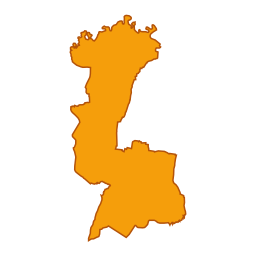 the district of Khu Mueang, Buri Ram, Thailand
{"feature_id": "78962969B7360435516944", "entity_name": "Khu Mueang", "entity_type": "district", "adm_level": 2, "iso_a3": "THA", "parent_name": "Thailand", "parent_adm1": "Buri Ram", "projection": "robinson", "projection_center": [103.038, 15.283], "detail": "fine", "context": "isolated", "style": "filled", "palette": "amber", "viewbox_px": 256, "rotation_deg": 0, "n_neighbors": 0, "source": "geoboundaries", "source_scale": "gbopen_adm2", "svg_char_len": 5698}
<svg xmlns="http://www.w3.org/2000/svg" viewBox="0 0 256 256"><path d="M175.5,158.7L176.4,155.1L175.2,155.0L175.2,154.3L169.8,153.5L169.7,153.8L168.9,153.8L167.2,152.7L164.4,151.4L158.3,150.9L154.4,151.9L154.1,151.3L148.8,150.5L148.7,148.6L148.2,146.7L148.2,144.6L145.7,144.2L145.8,142.7L141.4,143.0L141.2,141.9L140.3,141.7L139.3,140.9L138.5,141.6L138.2,141.0L134.9,140.6L132.9,141.6L132.5,142.2L131.5,148.6L127.2,147.6L126.5,149.3L124.9,148.7L124.0,151.7L122.9,151.2L122.4,150.8L122.4,150.5L121.9,150.4L122.0,149.8L115.5,149.1L116.3,146.0L117.0,145.9L116.6,132.6L116.8,131.3L116.7,130.1L117.6,123.0L117.6,122.1L120.5,121.6L120.7,120.2L121.1,120.1L122.1,117.8L122.4,117.8L122.5,117.2L123.6,117.2L124.3,116.3L125.1,114.4L125.5,112.2L126.0,111.9L128.4,104.3L129.3,102.8L129.7,101.2L129.8,100.0L130.1,100.0L130.6,95.6L131.3,92.7L131.1,89.3L132.2,86.8L132.0,85.8L134.2,79.7L135.7,79.6L135.3,76.5L136.6,76.2L136.8,73.8L138.3,73.3L138.7,72.5L139.6,71.8L139.9,71.3L139.8,69.6L140.3,69.0L140.4,68.2L141.8,68.5L142.4,67.4L143.3,67.1L143.7,67.3L146.3,63.2L146.7,62.7L147.1,62.7L147.1,62.3L147.6,61.8L149.1,61.1L151.6,60.5L153.9,59.1L155.5,59.0L156.0,58.6L157.0,58.5L157.6,57.9L158.0,52.0L157.8,51.8L156.8,51.7L155.8,51.2L155.5,50.5L155.6,49.2L156.3,48.0L159.4,48.0L160.4,47.4L160.6,46.9L160.0,46.6L159.5,45.5L160.1,44.1L155.2,40.0L151.3,38.5L150.4,37.4L150.1,36.2L150.2,35.1L150.8,33.9L153.4,31.8L156.5,29.9L156.3,28.6L154.3,25.6L153.0,24.8L152.3,25.0L152.1,25.8L152.4,28.1L152.1,28.7L151.4,29.1L150.2,29.0L148.5,27.7L147.1,27.0L146.4,27.2L145.9,28.8L146.4,29.4L147.8,29.6L148.6,30.5L148.9,31.4L148.4,32.3L147.8,32.4L145.5,31.7L142.3,31.7L140.7,31.4L140.1,31.1L140.0,30.0L139.4,29.7L138.8,30.2L138.9,32.6L138.4,33.0L137.8,32.9L135.7,31.2L134.4,29.6L134.2,25.5L135.1,24.5L135.0,22.0L134.1,22.4L133.2,22.3L131.8,23.6L131.8,24.2L132.9,25.4L133.1,26.3L132.2,27.9L131.3,28.2L131.1,27.5L131.4,26.6L131.3,26.0L130.6,25.3L128.9,24.4L128.4,23.3L128.0,21.2L128.4,20.4L129.9,19.9L130.9,19.2L131.2,18.5L131.2,17.7L130.7,16.9L129.1,15.8L126.2,15.4L125.0,15.8L124.2,16.7L124.4,19.2L124.1,21.2L124.3,22.6L123.9,23.9L123.2,24.1L122.5,23.5L122.2,21.4L121.8,21.0L120.0,21.1L118.0,22.0L116.2,24.6L113.8,25.3L112.4,26.6L111.8,27.5L111.7,29.7L111.2,30.7L110.4,30.8L110.0,30.5L109.3,27.9L108.5,27.0L105.6,26.9L104.2,26.1L102.5,27.3L102.2,28.0L102.4,28.6L103.1,28.8L105.0,28.8L105.5,29.4L105.6,30.6L101.8,32.0L99.9,31.7L99.2,31.8L98.8,32.6L98.8,33.6L97.9,34.7L97.3,36.6L96.2,38.7L94.4,40.9L93.2,40.6L92.1,39.2L90.3,38.3L90.2,37.9L91.0,37.1L91.2,36.2L91.9,35.7L92.0,35.3L91.7,34.8L89.9,34.1L89.4,32.7L88.8,32.5L87.5,32.6L86.9,34.3L86.9,34.7L87.7,35.2L88.4,36.9L88.9,37.4L88.8,39.2L88.1,39.7L85.9,39.2L84.7,36.9L84.9,35.9L86.4,34.5L86.2,33.6L86.5,31.7L86.2,31.1L84.8,30.8L83.7,32.0L81.2,32.7L81.0,33.3L81.5,34.0L81.2,35.5L81.7,36.4L81.6,37.0L80.6,37.6L79.6,37.0L78.7,37.0L78.1,37.3L78.0,37.7L78.1,38.4L79.0,38.9L78.5,40.4L79.1,41.2L79.2,42.6L78.1,43.8L78.0,44.2L79.3,44.8L79.4,45.3L77.6,45.9L76.8,47.6L76.4,48.0L75.0,47.7L74.2,48.0L73.9,47.3L74.0,47.0L76.2,46.3L76.1,44.6L75.0,43.3L73.5,43.4L73.0,44.6L73.4,45.8L73.3,46.3L72.5,46.9L71.2,46.9L70.5,47.7L70.6,49.6L71.6,50.3L70.5,51.0L70.3,52.5L71.0,54.0L71.1,56.1L71.8,57.3L71.7,59.1L72.5,61.1L72.4,61.7L74.1,63.2L76.7,65.2L81.1,66.9L82.9,67.3L87.2,67.1L90.5,67.5L90.4,73.4L90.1,76.1L89.7,77.6L86.6,83.8L85.3,87.3L86.3,88.7L86.1,92.2L86.9,93.5L87.8,93.9L89.0,94.0L89.0,96.6L89.4,96.8L89.6,102.2L88.7,102.6L87.8,102.4L84.9,102.8L84.7,103.7L84.0,103.9L83.6,104.5L81.8,104.8L79.9,104.8L78.2,105.5L78.0,106.2L76.9,106.3L74.7,105.4L74.2,106.7L73.7,106.1L72.1,106.2L72.0,106.7L70.9,106.8L70.8,109.5L71.2,110.8L72.4,112.5L75.4,115.2L78.0,117.9L79.3,120.1L79.8,122.4L72.4,134.7L72.4,136.1L72.7,136.8L75.5,139.7L75.8,140.5L75.7,144.0L74.5,147.0L74.2,147.5L73.4,147.8L73.4,148.1L73.6,149.3L74.6,151.6L75.6,155.9L75.8,157.3L74.8,166.1L74.7,169.7L75.3,171.2L76.2,172.3L80.8,175.9L83.1,177.3L83.6,178.1L84.8,178.9L90.4,183.8L91.1,183.1L94.3,184.1L95.1,183.7L96.1,183.7L97.2,182.5L97.6,182.8L97.5,183.5L98.6,183.0L99.3,183.3L100.6,181.7L102.3,181.4L103.3,182.1L103.9,182.1L104.6,182.8L105.1,182.9L105.6,183.3L106.7,183.5L107.8,184.3L108.2,184.1L108.8,184.2L108.9,184.6L110.1,185.0L110.3,185.7L109.1,186.6L108.1,188.5L107.2,188.5L106.3,189.1L105.1,189.4L104.1,191.7L103.7,191.7L103.4,192.9L103.6,193.7L103.3,194.2L103.3,194.6L102.1,195.5L101.6,195.6L101.2,195.4L102.0,197.8L101.9,200.0L100.6,203.7L98.8,207.0L97.5,210.8L96.2,213.4L95.1,217.5L94.9,219.5L93.6,221.3L92.9,224.6L91.0,227.5L90.5,230.0L90.3,233.5L88.6,238.3L88.6,240.6L91.2,239.0L93.7,238.8L96.7,237.3L98.8,236.5L99.6,234.1L99.9,229.5L101.7,229.2L103.1,227.9L106.8,227.1L108.5,226.0L126.2,237.4L129.2,234.4L135.0,225.5L135.8,225.5L137.1,227.0L138.0,227.5L142.7,227.8L144.6,227.5L145.6,226.7L147.6,224.5L148.5,221.1L149.3,220.3L154.3,220.3L155.5,220.8L157.7,222.5L159.8,223.1L164.3,223.1L168.4,222.7L168.8,223.3L169.2,223.6L169.9,225.0L170.3,224.0L171.7,223.5L171.7,223.1L172.3,223.4L172.6,223.3L172.7,223.9L173.0,223.2L173.2,223.7L173.5,223.5L173.3,223.1L173.7,223.3L174.2,223.0L174.6,223.3L175.3,222.6L176.3,222.3L176.3,222.0L177.1,222.3L177.5,221.9L178.4,222.0L178.8,221.0L179.3,221.2L179.1,220.8L179.3,220.4L179.6,220.6L179.8,220.4L180.2,220.8L181.8,220.0L182.3,218.7L182.6,218.4L183.0,218.6L182.9,217.8L183.3,217.4L183.8,217.7L183.5,216.7L184.3,217.1L184.3,216.6L184.5,215.7L184.2,215.5L184.7,215.5L185.0,215.0L184.8,214.7L185.7,214.1L185.4,211.4L184.8,209.6L184.0,205.6L184.5,202.5L184.3,197.3L183.6,197.0L183.6,195.6L180.1,194.0L180.3,193.5L179.9,192.1L177.8,187.3L176.0,184.8L174.1,183.3L173.5,182.4L172.9,180.3L173.6,174.7L173.8,168.9L174.7,165.6L174.8,163.3L175.5,158.7Z" fill="#f59e0b" stroke="#b45309" stroke-width="1.5"/></svg>